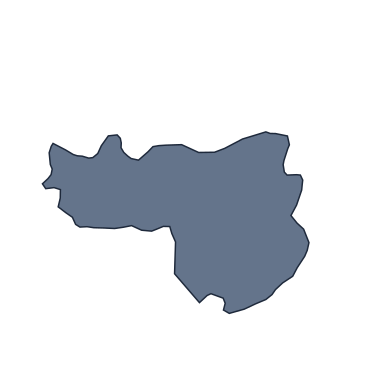 the district of Ulju-gun, Ulsan, South Korea, rotated 137°
{"feature_id": "91817680B44823551048989", "entity_name": "Ulju-gun", "entity_type": "district", "adm_level": 2, "iso_a3": "KOR", "parent_name": "South Korea", "parent_adm1": "Ulsan", "projection": "robinson", "projection_center": [129.199, 35.518], "detail": "fine", "context": "isolated", "style": "filled", "palette": "slate", "viewbox_px": 384, "rotation_deg": 137, "n_neighbors": 0, "source": "geoboundaries", "source_scale": "gbopen_adm2", "svg_char_len": 1359}
<svg xmlns="http://www.w3.org/2000/svg" viewBox="0 0 384 384"><g transform="rotate(137 192 192)"><path d="M124.5,111.1L110.5,118.6L106.3,122.3L102.9,125.2L101.2,130.5L103.8,133.4L110.9,139.5L110.9,143.6L106.7,149.8L103.3,152.3L92.4,158.4L88.6,160.1L84.0,167.9L91.1,177.8L94.9,181.5L95.9,183.5L97.0,185.6L112.2,193.0L118.9,196.3L138.3,201.6L148.4,205.7L160.2,216.4L167.3,233.7L179.1,244.0L184.6,248.5L189.6,251.8L196.8,251.4L209.4,251.8L213.7,258.0L214.5,262.1L214.9,267.5L213.7,272.8L210.3,276.1L207.8,280.2L207.8,284.8L209.4,286.0L214.9,290.1L220.8,288.9L226.7,287.7L234.7,284.4L241.1,284.8L244.4,287.2L247.8,293.0L251.2,296.7L253.3,300.4L255.8,309.1L260.5,322.3L263.8,321.4L269.7,318.1L276.9,308.7L278.6,304.1L283.2,300.8L288.3,300.0L295.8,300.0L296.7,294.2L289.9,289.3L286.6,283.5L292.5,277.4L300.0,272.4L298.4,262.9L296.7,255.1L299.2,247.7L297.9,242.8L292.4,238.2L288.2,232.9L281.1,225.9L273.5,218.1L266.3,213.1L259.1,208.6L254.9,198.4L248.2,190.9L243.1,188.9L236.4,186.4L235.8,185.8L231.8,181.9L233.7,178.1L235.1,175.3L238.1,166.7L260.5,144.1L262.0,106.0L251.5,106.0L247.5,104.7L241.6,93.1L243.6,88.0L249.5,84.2L247.5,77.8L233.7,70.7L221.9,66.9L211.3,63.0L203.4,62.4L197.5,63.7L187.7,63.7L175.8,61.7L166.6,64.9L153.5,68.1L147.6,70.7L141.0,75.2L135.7,88.7L136.4,97.6L135.7,107.3L124.5,111.1Z" fill="#64748b" stroke="#1e293b" stroke-width="1.5"/></g></svg>